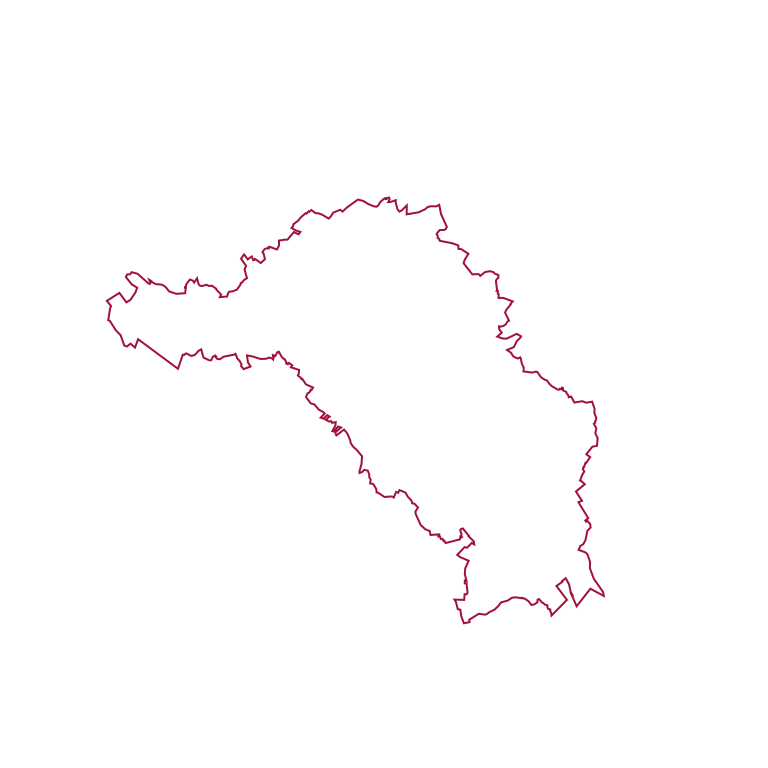 the district of Chinú, Córdoba, Colombia, rotated 24°
{"feature_id": "7082276B5619967708975", "entity_name": "Chinú", "entity_type": "district", "adm_level": 2, "iso_a3": "COL", "parent_name": "Colombia", "parent_adm1": "Córdoba", "projection": "albers", "projection_center": [-75.355, 9.022], "detail": "fine", "context": "isolated", "style": "outline", "palette": "rose", "viewbox_px": 768, "rotation_deg": 24, "n_neighbors": 0, "source": "geoboundaries", "source_scale": "gbopen_adm2", "svg_char_len": 6164}
<svg xmlns="http://www.w3.org/2000/svg" viewBox="0 0 768 768"><g transform="rotate(24 384 384)"><path d="M581.3,315.5L576.2,318.9L572.3,319.0L565.4,323.5L560.1,319.3L558.2,321.0L557.0,319.4L554.9,318.4L553.7,317.1L550.1,317.0L549.2,314.9L548.1,314.9L548.2,316.6L546.6,316.8L546.6,317.7L545.0,318.5L538.1,317.7L534.8,316.5L531.7,314.6L527.9,314.6L524.6,313.9L519.0,310.6L517.1,311.3L515.0,313.2L506.3,315.8L505.1,312.3L501.8,309.5L498.1,304.5L497.6,304.2L495.9,306.3L492.4,306.4L490.5,306.0L487.4,303.8L482.5,302.9L487.6,297.5L487.9,290.8L489.7,286.5L489.8,284.7L484.8,284.2L477.7,292.6L473.9,294.2L468.2,294.6L470.7,289.2L467.2,287.3L465.5,284.6L466.9,284.4L469.6,282.2L470.9,280.2L471.4,276.7L472.5,275.3L465.6,269.6L465.5,266.9L467.4,259.6L467.0,259.2L468.0,256.2L458.0,256.8L453.7,258.8L452.2,255.3L451.2,255.2L450.1,252.7L449.0,253.1L449.0,252.1L444.3,244.3L444.3,242.5L445.3,240.5L444.2,237.9L440.2,238.1L438.7,237.3L435.0,237.8L430.7,240.7L428.0,246.1L426.1,245.2L425.1,245.4L420.1,247.9L407.6,241.3L407.2,237.9L408.1,230.7L399.5,229.4L397.0,230.3L395.5,227.2L389.4,227.6L376.7,230.5L375.3,228.9L373.7,228.8L372.6,226.5L371.2,225.9L371.2,224.4L372.3,220.7L376.5,218.7L377.4,217.4L377.5,214.9L367.0,205.6L361.6,197.9L359.5,200.5L354.6,202.5L351.8,204.7L350.6,207.5L346.0,212.9L335.7,219.8L332.2,211.6L329.5,218.4L327.9,220.3L325.1,218.7L320.8,213.4L320.0,211.3L316.0,215.0L313.9,216.1L314.0,213.0L312.3,210.9L312.6,211.6L310.7,213.5L311.0,214.0L310.2,214.4L309.7,213.6L308.8,214.5L306.6,219.2L306.0,223.6L305.1,225.1L302.5,225.8L296.4,226.0L290.6,225.2L285.2,226.1L278.3,237.9L276.1,243.3L273.1,242.7L267.9,248.1L267.3,252.5L266.2,255.4L258.9,254.5L254.1,254.8L252.2,255.8L246.8,254.6L245.7,257.1L244.9,256.9L243.9,259.9L242.8,259.9L239.9,266.5L239.3,269.4L236.3,274.9L236.7,277.0L236.1,279.1L241.0,279.6L245.7,279.1L245.0,282.0L239.9,281.9L237.1,291.4L234.8,292.4L229.7,295.7L231.8,300.1L231.5,304.7L224.3,305.1L222.9,305.7L223.7,306.9L221.1,308.1L220.0,309.5L219.3,312.9L221.1,314.0L224.5,318.4L222.2,323.6L215.2,322.2L215.0,323.5L214.2,324.1L211.3,321.3L208.8,325.6L203.6,322.5L203.1,323.8L202.5,327.7L209.9,332.1L210.0,336.0L215.8,343.1L214.0,345.6L212.8,349.5L212.1,350.0L212.4,351.9L211.3,357.6L208.0,360.9L205.0,362.7L204.6,364.7L205.1,367.9L198.7,371.4L198.8,368.5L192.4,366.0L192.0,365.2L186.8,364.2L184.1,365.7L181.6,365.5L177.8,368.6L175.7,369.0L173.9,368.1L170.2,363.5L169.3,368.6L167.4,367.3L164.2,367.5L163.8,369.0L162.8,373.6L163.6,376.1L162.8,376.3L163.0,377.1L163.9,376.9L165.4,381.9L157.6,386.1L150.0,386.8L145.1,384.2L142.8,383.8L140.2,383.7L134.9,385.6L130.8,385.3L129.9,384.6L127.1,384.3L129.5,386.5L129.4,387.8L127.9,388.0L114.1,383.5L108.0,384.5L107.4,387.2L104.9,388.2L104.6,391.2L113.0,395.6L119.3,396.4L119.7,401.3L118.2,410.1L115.5,414.2L105.2,408.4L97.0,420.8L103.0,423.8L103.0,426.1L106.1,437.9L107.8,437.8L117.2,444.0L123.6,446.6L131.1,454.5L133.9,454.3L136.0,450.2L141.7,452.0L141.1,443.1L189.6,453.9L188.3,439.0L189.5,438.9L190.7,436.5L196.6,436.7L197.9,435.7L199.4,434.3L201.0,429.3L202.9,426.7L208.4,433.3L214.9,433.4L216.5,432.6L216.6,428.7L218.2,426.6L219.4,427.2L219.0,427.8L221.5,428.9L223.9,428.2L226.5,424.2L235.2,418.1L236.0,416.8L239.7,420.4L242.8,421.7L245.9,424.1L246.1,425.7L249.7,427.5L255.0,422.3L251.0,419.7L247.2,413.6L252.6,412.3L260.9,411.4L266.2,408.8L268.4,406.5L271.3,406.1L272.8,406.7L272.2,403.6L271.3,403.8L270.7,402.8L273.3,402.6L273.7,398.2L274.7,398.2L275.0,397.4L278.9,400.4L281.8,401.8L282.9,401.6L286.4,404.2L286.3,405.0L288.1,405.1L288.6,403.4L292.6,404.3L292.2,406.6L300.7,405.7L301.8,408.6L301.9,411.3L307.0,412.5L306.8,413.0L308.3,413.2L312.9,416.1L320.6,416.1L320.3,419.1L319.4,419.1L319.3,422.1L317.9,423.6L318.0,427.6L325.0,431.5L328.8,431.0L335.1,434.0L339.3,434.3L341.9,435.1L339.8,440.5L342.8,440.3L344.8,435.6L347.6,435.9L345.2,440.3L349.3,440.6L350.7,439.4L352.3,440.6L355.4,438.5L356.5,441.8L356.0,448.1L357.6,447.8L359.3,441.6L362.5,441.2L359.2,448.0L361.1,450.2L361.5,450.3L366.0,441.9L368.7,443.1L371.3,444.7L376.2,449.4L377.7,451.6L381.3,453.8L386.3,455.5L393.4,459.0L396.0,466.3L397.2,474.1L397.8,475.2L399.9,473.2L400.9,470.5L404.4,469.7L407.6,473.0L408.2,474.9L410.7,476.8L411.8,480.5L414.2,479.9L415.4,480.1L419.7,483.2L421.4,486.1L422.8,485.7L430.4,487.0L436.1,483.9L437.9,483.4L439.1,483.8L439.0,477.6L441.2,477.6L441.3,474.6L447.8,474.5L451.8,477.4L455.7,479.0L457.7,480.4L458.2,481.5L460.4,481.0L465.3,482.9L464.6,487.9L464.9,488.5L466.4,490.4L474.9,497.9L480.7,499.9L485.5,499.7L487.9,503.0L495.6,498.9L495.9,499.5L495.0,500.3L495.7,501.2L496.5,500.1L499.1,502.5L500.4,501.7L502.2,503.2L502.8,502.6L505.0,504.2L516.5,495.1L516.2,493.1L517.0,492.6L516.2,492.2L516.8,491.8L515.9,491.4L516.1,489.9L513.0,486.5L513.3,485.3L514.7,483.9L523.5,488.3L523.4,488.8L530.0,491.2L531.7,493.9L528.8,493.5L526.5,499.8L524.0,500.2L520.4,510.3L524.1,511.2L533.2,511.0L533.2,519.5L535.1,524.7L539.6,530.5L537.8,530.7L538.9,533.3L540.6,532.7L545.1,540.4L545.1,542.5L543.1,543.2L545.1,548.6L536.1,552.3L538.4,553.9L543.0,559.7L545.5,559.1L549.0,564.7L554.3,570.1L559.1,566.7L557.7,564.8L564.0,555.4L570.1,553.6L571.3,552.7L573.1,549.6L576.8,545.1L578.8,540.1L579.7,536.0L585.2,531.4L587.9,527.2L590.8,525.4L597.3,523.6L597.2,523.2L600.4,522.9L604.5,523.7L608.5,525.9L610.9,524.2L612.9,521.2L612.0,518.7L613.0,517.4L617.3,519.4L618.7,519.3L620.6,520.1L623.3,519.7L624.2,521.7L625.4,522.7L627.6,522.3L628.2,523.8L629.8,525.1L631.2,527.4L638.9,506.8L623.7,498.4L627.4,492.1L626.8,491.6L629.0,487.5L634.5,491.7L639.0,497.9L641.5,499.8L640.6,499.8L650.4,508.7L655.8,487.1L671.0,488.2L668.8,485.0L654.8,476.5L647.0,468.5L644.6,462.7L639.0,456.7L636.3,455.9L629.2,456.4L629.3,452.1L631.2,449.2L631.6,444.9L629.5,435.4L631.1,431.1L629.4,428.1L625.6,426.4L624.7,427.6L623.4,426.8L625.2,423.5L610.1,413.2L609.7,412.8L612.4,410.2L603.1,404.1L608.2,393.9L604.1,392.5L602.4,392.5L602.0,386.6L602.6,382.6L600.3,380.9L600.0,378.7L600.5,378.6L600.1,374.0L600.8,373.9L602.1,366.9L597.4,365.9L599.9,356.5L603.7,353.9L601.1,346.4L597.1,343.1L595.9,338.0L591.9,335.0L592.7,333.3L592.0,332.2L592.3,330.8L591.7,328.7L587.9,324.8L586.4,320.9L581.3,315.5Z" fill="none" stroke="#9f1239" stroke-width="2"/></g></svg>